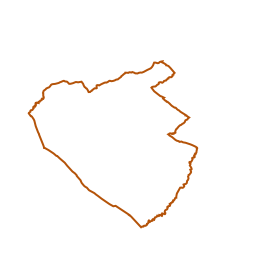 Botesti, Arges, Romania (Natural Earth projection), rotated 44°
{"feature_id": "2599482B8946792531978", "entity_name": "Botesti", "entity_type": "district", "adm_level": 2, "iso_a3": "ROU", "parent_name": "Romania", "parent_adm1": "Arges", "projection": "natural_earth1", "projection_center": [25.164, 45.018], "detail": "fine", "context": "isolated", "style": "outline", "palette": "amber", "viewbox_px": 256, "rotation_deg": 44, "n_neighbors": 0, "source": "geoboundaries", "source_scale": "gbopen_adm2", "svg_char_len": 5785}
<svg xmlns="http://www.w3.org/2000/svg" viewBox="0 0 256 256"><g transform="rotate(44 128 128)"><path d="M46.4,186.4L49.9,187.0L50.2,186.6L51.1,186.6L53.9,187.2L55.4,187.7L60.4,190.8L66.4,193.6L68.3,194.2L68.5,194.5L79.0,199.2L80.4,199.9L81.5,200.7L81.9,200.4L82.2,200.1L83.9,199.7L86.1,199.1L92.2,198.0L95.8,197.8L96.2,197.6L96.5,197.3L99.9,197.3L106.6,196.9L110.4,197.4L118.2,197.9L121.4,197.5L124.1,197.7L124.5,198.1L130.4,198.6L131.0,199.0L132.9,199.7L136.6,200.1L137.9,200.0L139.9,199.5L142.9,199.8L143.7,199.7L149.1,198.2L151.1,198.1L153.7,197.7L158.1,197.2L167.6,195.6L171.8,194.5L173.2,192.6L189.3,189.6L189.3,189.9L191.5,189.5L206.3,190.3L206.3,189.9L206.6,189.4L206.7,188.9L207.3,188.6L207.6,188.1L207.4,187.4L207.5,187.0L208.6,186.1L208.7,185.8L208.6,184.8L208.9,184.3L208.8,184.1L208.3,183.8L208.2,183.7L208.3,183.4L208.5,183.0L208.6,182.3L207.4,180.8L207.3,180.6L207.3,180.0L207.9,180.1L208.7,180.7L209.0,180.5L209.0,179.4L210.0,177.7L209.9,177.5L209.3,177.3L209.2,176.5L209.3,176.1L209.6,175.9L209.9,175.9L210.4,176.0L210.6,175.9L210.4,175.4L209.6,174.0L209.5,173.7L210.0,173.1L210.1,171.9L210.5,171.2L210.0,170.9L209.9,170.7L210.4,170.3L211.0,170.0L211.5,169.5L211.5,169.1L211.0,168.7L211.9,168.0L213.5,167.7L213.5,167.4L213.3,167.2L212.5,167.0L212.1,166.8L212.0,166.6L212.1,166.2L211.9,165.7L212.2,165.5L213.0,165.3L213.5,164.7L214.1,164.6L214.4,164.3L214.4,164.0L214.3,163.7L213.9,163.2L213.1,163.1L212.6,162.7L212.0,161.7L212.0,161.4L212.2,160.3L212.6,159.5L212.6,159.1L212.0,158.3L212.0,157.8L211.3,157.7L211.1,157.4L211.1,157.1L211.5,155.9L212.1,155.2L212.2,154.8L212.0,154.4L211.0,153.9L210.8,153.7L211.4,153.2L211.3,152.8L210.9,152.3L211.4,151.4L211.2,150.7L211.2,150.4L211.6,150.1L211.3,149.2L211.1,149.0L210.8,148.9L210.7,148.7L210.8,148.5L211.3,148.3L211.2,147.0L210.7,146.1L210.6,145.7L210.7,145.4L211.2,144.6L210.6,144.1L209.5,142.5L208.7,141.2L207.0,134.8L207.0,134.6L207.5,134.2L207.7,133.8L208.4,133.5L208.8,133.1L209.1,132.4L209.0,131.0L208.9,130.8L208.3,130.4L207.5,130.3L207.2,130.1L207.4,129.6L208.3,128.3L208.5,127.7L208.5,126.8L207.2,124.8L207.2,123.6L206.6,122.4L206.4,122.1L205.6,121.6L205.0,121.3L204.7,120.3L204.2,119.7L204.6,118.8L204.4,118.0L204.3,116.6L204.0,115.9L203.7,115.6L203.0,115.4L202.3,114.9L201.8,114.7L202.4,113.8L202.4,113.5L202.0,113.1L201.0,112.6L198.5,112.0L198.1,110.7L197.8,110.3L197.6,110.2L197.2,110.5L196.8,110.5L196.4,110.4L196.1,110.1L195.9,109.8L196.0,109.5L196.5,109.1L196.9,108.5L196.8,107.7L196.2,105.7L195.9,105.5L195.3,105.3L195.1,105.1L195.0,104.9L195.3,104.2L195.9,103.6L196.0,103.2L196.1,102.5L195.7,102.2L195.1,102.3L194.9,102.1L194.6,101.8L194.6,101.5L194.6,101.0L194.9,100.3L194.7,99.7L194.1,99.6L194.4,98.9L194.2,98.1L193.2,96.8L192.6,95.7L191.8,95.1L191.9,94.7L191.8,94.4L191.3,94.2L190.6,94.4L189.9,94.4L186.3,95.6L184.3,96.4L179.7,98.6L177.5,100.1L176.2,100.5L175.9,100.6L174.7,102.2L174.4,102.3L173.7,102.2L172.0,103.2L170.4,103.6L166.0,103.9L163.0,104.6L162.3,104.5L161.4,104.6L161.6,104.0L161.7,103.1L161.8,102.9L162.7,102.0L163.3,102.0L163.6,101.6L164.2,101.3L164.0,100.8L164.0,100.6L164.9,100.3L164.7,99.3L164.9,99.0L165.4,98.6L165.4,98.4L164.6,97.8L164.3,97.5L163.8,96.4L163.7,95.9L163.5,95.4L163.7,94.6L163.5,93.6L163.6,93.1L163.4,92.3L163.5,90.0L164.1,88.7L164.2,87.2L164.7,86.0L164.7,84.2L164.0,82.7L164.1,82.2L164.8,80.6L164.5,79.5L164.7,78.0L161.0,78.7L160.5,79.1L160.3,78.9L160.4,78.6L154.4,79.9L152.6,79.9L151.3,80.3L150.2,80.4L148.3,80.3L148.0,80.4L147.4,81.0L144.1,81.6L141.5,81.6L141.3,81.5L138.7,81.7L138.2,81.7L137.8,82.2L137.5,82.3L136.6,82.1L135.9,82.4L135.0,82.4L134.7,82.5L133.9,82.3L133.5,82.2L132.7,82.5L132.3,81.5L132.4,81.3L130.0,82.1L129.1,82.6L121.3,83.4L116.8,82.7L116.8,82.0L117.2,81.1L118.1,79.9L118.6,79.4L118.8,79.1L119.0,78.3L119.0,76.6L119.5,75.3L119.3,74.6L118.7,74.0L118.8,73.4L119.9,72.1L120.8,71.9L121.3,71.5L121.5,70.2L121.3,69.4L121.3,69.0L122.1,67.8L122.4,67.3L122.1,66.5L122.5,65.6L122.2,64.9L122.7,64.2L122.3,63.8L122.3,63.2L122.7,62.4L123.7,61.6L123.9,61.1L124.0,59.9L123.2,59.2L123.3,58.8L123.7,58.1L123.1,57.3L123.2,56.0L117.0,55.4L114.1,55.3L112.5,55.9L111.9,56.4L111.2,56.0L109.0,56.4L106.9,57.1L106.5,56.1L105.6,57.3L105.0,58.5L104.9,60.0L104.3,60.8L102.3,61.9L101.4,62.8L101.5,63.2L102.5,65.5L102.9,67.5L102.9,69.3L101.5,73.0L100.3,76.8L99.5,78.5L98.3,79.6L97.4,80.9L97.0,82.1L95.3,83.6L94.1,83.9L92.2,84.8L92.0,85.6L90.2,87.0L90.0,88.0L87.6,90.1L87.9,90.8L87.6,91.9L87.4,94.6L87.2,95.3L87.5,96.1L87.1,98.3L86.9,100.1L86.3,100.8L85.8,101.6L85.4,103.0L84.4,104.8L83.8,105.5L83.5,105.9L82.2,106.6L81.8,107.1L81.4,109.3L81.2,109.7L80.8,110.5L80.4,110.7L79.5,111.9L79.4,112.5L78.7,114.0L78.6,114.6L78.3,115.2L77.7,117.4L76.7,117.9L76.1,118.5L75.9,119.2L76.6,120.0L77.8,121.0L77.7,121.4L76.4,122.7L76.1,124.4L76.1,125.1L75.9,125.7L76.1,126.3L75.6,128.0L75.7,128.5L74.7,129.5L72.6,128.7L71.0,128.3L70.2,128.6L69.3,128.4L68.5,128.7L66.7,128.2L65.0,127.4L62.4,127.0L60.8,129.2L60.5,129.7L59.0,130.8L58.4,131.4L57.2,134.1L56.4,135.4L55.9,136.2L55.0,137.1L52.2,137.0L51.7,137.2L50.4,138.2L49.1,138.6L48.6,139.4L47.8,141.4L47.3,142.3L46.9,143.7L45.0,146.8L43.5,148.6L43.0,149.3L42.7,150.3L43.0,152.6L42.9,153.8L42.7,154.2L42.2,155.1L42.1,155.6L41.8,156.3L41.9,157.7L41.6,158.9L41.6,160.2L42.3,161.3L42.5,161.9L43.3,162.2L44.1,163.2L45.4,164.2L46.0,164.3L46.7,165.4L46.8,166.0L46.2,166.4L45.8,166.5L45.8,167.1L46.5,167.8L46.5,168.2L46.1,168.9L45.9,169.3L46.2,170.2L45.8,170.5L45.6,171.1L46.4,172.1L45.2,172.7L45.2,173.4L45.0,173.7L44.5,173.5L44.2,174.0L44.3,174.4L44.8,175.0L45.1,175.3L45.8,175.4L45.9,175.7L45.6,176.1L45.5,176.8L46.3,177.0L46.3,177.4L45.4,178.2L45.3,178.6L45.5,179.0L46.5,179.5L46.5,179.9L46.4,180.3L46.7,181.4L46.4,182.0L45.9,182.5L45.8,183.0L45.8,183.3L46.5,184.1L46.2,186.0L46.4,186.4Z" fill="none" stroke="#b45309" stroke-width="2"/></g></svg>